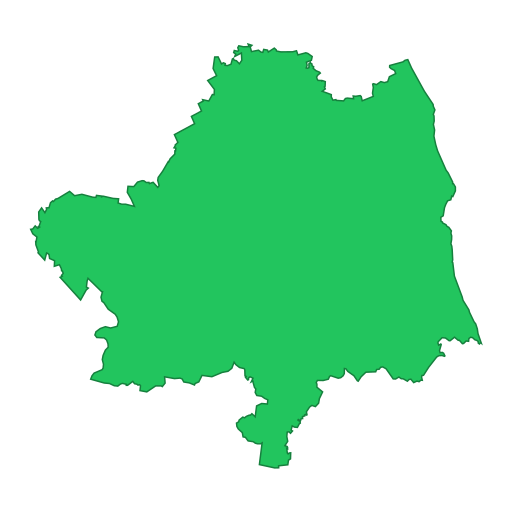 Cazones de Herrera, Veracruz, Mexico
{"feature_id": "50627088B60977128263275", "entity_name": "Cazones de Herrera", "entity_type": "district", "adm_level": 2, "iso_a3": "MEX", "parent_name": "Mexico", "parent_adm1": "Veracruz", "projection": "robinson", "projection_center": [-97.287, 20.709], "detail": "fine", "context": "isolated", "style": "filled", "palette": "green", "viewbox_px": 512, "rotation_deg": 0, "n_neighbors": 0, "source": "geoboundaries", "source_scale": "gbopen_adm2", "svg_char_len": 5960}
<svg xmlns="http://www.w3.org/2000/svg" viewBox="0 0 512 512"><path d="M407.8,59.6L405.0,60.3L402.9,61.9L389.7,65.5L389.6,67.2L391.0,68.6L394.6,70.5L395.7,73.6L389.4,76.7L387.7,81.7L384.3,82.6L380.8,81.6L376.6,84.6L373.5,83.7L372.7,84.1L373.3,87.6L372.5,93.2L373.3,96.4L362.2,100.8L361.2,96.5L360.2,95.6L355.6,96.3L353.2,96.0L353.6,98.7L347.3,98.1L345.4,98.5L343.6,100.9L336.3,100.4L335.9,99.6L333.0,100.2L331.3,97.0L331.3,94.6L322.2,91.3L325.3,88.9L324.4,86.9L325.1,86.3L325.3,81.6L322.7,80.7L321.8,81.0L321.7,80.5L318.0,80.4L317.1,79.0L316.6,76.9L317.9,75.0L320.3,73.1L319.6,72.2L316.0,70.7L313.2,68.3L313.7,66.8L312.1,65.7L311.9,63.9L310.7,63.3L310.4,62.4L308.9,63.8L309.0,67.6L307.4,68.3L306.2,68.0L307.1,65.3L306.4,62.2L311.4,60.3L312.2,56.5L307.8,53.4L305.8,52.8L297.9,54.9L296.5,50.8L292.5,51.8L280.8,51.9L276.5,51.0L276.2,49.8L274.3,48.1L268.3,52.0L267.5,50.1L263.7,49.4L262.8,52.4L261.0,52.1L258.5,50.2L251.5,51.6L250.2,46.9L251.9,45.3L248.1,44.1L249.0,46.6L243.6,46.8L238.8,45.8L237.8,47.7L238.6,50.2L237.8,51.3L234.3,50.5L233.7,52.6L235.7,54.0L234.8,56.4L241.4,53.0L241.8,60.3L239.4,63.8L236.4,60.7L234.2,60.2L233.3,58.5L232.4,59.0L231.0,64.2L227.5,65.6L225.0,65.3L225.3,63.6L223.4,62.8L221.5,63.9L218.1,56.9L214.7,57.0L213.1,68.5L216.6,75.7L207.7,80.5L214.4,89.4L214.1,94.7L212.4,94.5L208.8,101.0L202.7,99.7L203.3,101.0L198.3,103.7L201.5,111.0L191.4,116.4L194.6,123.7L174.4,134.6L177.9,142.4L175.2,145.0L175.4,145.5L174.0,147.8L175.9,148.2L175.5,151.0L174.9,150.9L174.8,154.1L170.2,158.7L168.6,162.1L168.2,161.7L162.6,171.3L158.2,177.4L157.7,180.3L159.1,185.6L157.8,187.4L153.1,182.3L149.4,183.6L149.0,182.4L146.2,182.5L143.9,180.8L142.1,180.7L137.5,182.1L133.8,186.6L128.0,186.3L127.3,192.3L131.3,199.3L134.4,206.4L125.6,204.2L121.7,204.2L118.1,203.0L118.6,198.8L113.0,198.4L103.3,196.2L101.8,196.7L102.0,196.1L96.5,195.4L95.9,197.4L92.8,197.2L81.9,194.3L74.6,195.7L69.6,191.4L57.9,198.5L55.6,199.1L53.4,201.5L52.6,200.9L50.5,202.7L49.0,207.7L46.3,207.9L46.6,209.4L44.9,212.7L41.6,207.9L38.7,212.0L38.9,219.4L39.4,220.7L40.7,221.5L39.2,225.9L38.4,226.6L39.5,227.1L37.6,228.3L35.2,225.9L32.7,229.0L30.7,229.3L32.8,233.8L36.9,237.0L36.1,241.7L35.7,241.6L35.9,244.9L38.5,252.0L38.0,252.8L44.7,260.1L46.6,253.0L47.4,253.3L49.0,254.5L49.6,258.5L54.6,260.7L54.3,266.3L59.4,264.7L61.3,268.6L61.6,270.8L62.4,271.0L63.2,273.4L61.5,275.4L62.2,276.3L60.1,277.3L80.6,300.0L86.2,290.0L88.3,288.1L86.4,287.1L87.1,281.1L88.0,278.3L101.8,291.8L102.5,291.8L101.0,297.2L102.0,301.3L103.8,302.6L108.2,309.2L115.2,314.2L117.1,317.1L118.5,321.8L117.2,326.3L110.6,328.0L105.4,326.7L100.3,328.5L96.0,331.7L94.9,335.0L96.8,337.5L104.2,337.9L106.6,340.0L108.0,343.8L108.2,347.2L105.4,350.1L103.1,355.4L102.3,359.6L103.5,364.2L103.1,368.1L102.1,369.7L94.1,373.1L92.0,375.8L90.7,379.2L104.2,383.0L109.5,383.5L114.2,385.7L117.8,386.1L120.5,384.0L122.5,383.4L126.4,384.3L126.3,385.3L127.6,385.3L132.8,381.4L134.5,383.7L136.9,384.2L138.0,385.1L139.6,384.7L140.5,385.7L140.0,390.6L146.8,391.9L155.7,385.9L161.2,385.9L162.3,386.6L165.1,383.1L164.6,376.8L174.5,378.6L180.0,378.1L182.2,379.0L183.8,382.0L189.3,382.9L194.5,385.0L195.1,383.5L198.8,381.9L202.0,375.4L211.9,376.7L222.2,372.4L228.0,371.3L231.8,368.3L234.1,362.2L235.8,364.6L239.5,367.5L244.2,368.6L244.8,369.7L245.0,375.9L246.2,376.4L245.5,377.3L247.7,380.0L248.5,379.7L248.7,377.7L250.1,376.8L253.0,378.2L251.3,381.8L253.4,380.6L252.8,381.3L254.5,387.5L255.8,388.9L255.2,392.5L256.8,395.5L261.6,396.2L264.8,398.5L267.8,399.8L267.4,404.0L261.7,403.5L256.6,405.9L255.2,416.8L251.9,413.7L250.3,415.3L249.3,415.1L246.3,416.4L244.6,417.8L242.8,417.1L239.1,420.1L238.7,421.8L236.5,423.1L236.9,426.5L238.3,429.0L242.3,432.6L243.1,436.9L245.4,437.3L248.1,440.9L253.3,441.7L255.3,443.2L257.6,443.8L260.6,443.8L262.1,442.9L259.4,464.6L274.7,467.9L278.7,467.8L278.6,465.8L287.8,464.8L288.5,460.1L290.5,458.9L290.7,452.8L289.2,453.0L288.1,453.9L287.3,453.0L286.7,448.4L287.6,448.9L287.6,447.5L287.2,446.5L284.9,445.7L287.7,441.3L286.8,436.5L287.2,432.1L289.0,431.8L290.5,433.3L292.5,431.0L291.1,430.1L292.2,425.9L294.4,427.1L297.4,427.4L299.3,423.8L300.3,423.1L300.0,421.5L297.9,420.1L298.3,419.5L300.5,420.7L301.2,418.6L302.6,418.6L302.5,416.6L304.7,415.9L304.6,414.9L305.5,414.4L306.2,415.1L307.0,414.8L306.4,411.8L309.6,407.0L311.9,405.4L315.4,406.6L318.6,403.2L319.4,398.6L322.6,391.9L316.9,387.2L316.9,384.1L316.2,382.6L317.4,380.4L323.2,380.5L328.3,379.2L329.5,376.5L330.7,375.7L338.2,378.2L340.7,377.7L343.1,375.8L344.3,373.6L344.4,368.5L345.9,368.8L347.8,371.4L353.9,375.7L357.3,380.7L358.2,381.2L361.1,376.8L365.9,372.2L375.7,371.8L376.6,369.5L379.2,369.2L380.6,367.3L382.7,366.9L386.1,368.8L393.2,378.9L395.6,379.0L398.9,377.0L401.2,378.7L403.2,378.8L407.4,381.2L409.0,379.5L410.9,379.2L413.7,382.6L416.9,381.1L419.1,381.7L420.8,380.2L422.3,380.3L421.6,377.2L421.9,375.5L423.5,375.3L428.7,367.2L436.7,357.0L438.8,355.7L442.1,355.5L444.4,356.3L444.9,355.9L443.6,353.2L442.3,352.4L440.1,352.7L439.5,350.6L441.2,344.6L440.8,344.0L438.7,345.2L437.9,343.0L438.2,341.7L442.1,337.7L445.5,338.0L449.1,340.7L450.2,340.7L454.5,337.2L458.2,340.3L459.4,340.3L462.4,343.7L463.6,343.5L466.1,341.0L468.6,341.3L468.9,338.5L470.6,337.3L472.5,337.6L474.9,339.8L476.8,340.4L478.2,341.5L478.2,343.0L479.4,344.0L480.7,342.7L481.3,343.2L478.0,333.6L477.3,328.8L475.7,323.9L474.0,321.7L469.5,312.3L468.9,309.9L463.0,300.3L462.2,297.0L454.4,276.1L452.8,262.7L452.2,262.1L452.7,259.8L452.2,249.8L451.8,246.2L450.9,243.7L451.6,239.7L451.7,235.9L450.9,233.1L451.4,230.9L448.8,227.3L447.0,226.4L446.0,224.7L442.7,223.0L442.4,222.0L441.0,221.2L440.8,217.3L443.2,215.8L444.5,207.7L445.8,204.3L447.6,200.8L450.8,199.8L451.7,196.1L452.8,196.6L455.4,190.9L455.4,187.0L453.5,183.8L452.6,183.7L452.7,182.1L448.2,173.0L446.1,170.2L437.6,150.9L435.7,144.6L433.9,136.1L434.6,130.0L433.4,124.4L434.2,121.0L434.0,116.0L433.3,114.4L434.9,109.9L433.3,106.3L433.1,104.4L424.4,91.3L411.6,68.1L407.8,59.6Z" fill="#22c55e" stroke="#15803d" stroke-width="1.5"/></svg>